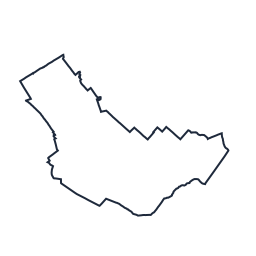 outline of Dumbrava, Timis, Romania, rotated 342°
{"feature_id": "2599482B982820047734", "entity_name": "Dumbrava", "entity_type": "district", "adm_level": 2, "iso_a3": "ROU", "parent_name": "Romania", "parent_adm1": "Timis", "projection": "albers", "projection_center": [22.126, 45.823], "detail": "fine", "context": "isolated", "style": "outline", "palette": "slate", "viewbox_px": 256, "rotation_deg": 342, "n_neighbors": 0, "source": "geoboundaries", "source_scale": "gbopen_adm2", "svg_char_len": 5556}
<svg xmlns="http://www.w3.org/2000/svg" viewBox="0 0 256 256"><g transform="rotate(342 128 128)"><path d="M216.5,180.5L216.5,180.0L216.3,179.3L215.8,178.3L215.2,177.7L214.8,177.1L214.5,176.4L214.2,175.0L214.2,174.0L214.1,172.8L214.1,172.2L214.4,170.7L214.5,169.2L214.8,167.8L214.8,167.2L214.7,166.0L214.8,165.2L214.9,164.4L215.5,162.0L214.6,162.0L212.7,162.1L211.9,162.1L210.9,162.2L210.0,162.3L206.7,162.5L204.3,162.6L203.9,162.7L203.2,162.8L201.9,162.8L200.5,163.1L200.5,162.3L200.3,161.7L200.0,161.0L199.0,159.4L198.3,158.3L196.3,157.4L195.3,157.2L194.6,157.2L194.1,156.9L193.1,156.1L192.7,155.5L192.4,154.9L192.3,154.4L192.1,154.0L191.8,153.6L191.3,153.2L191.0,153.2L190.9,153.0L190.7,153.0L190.3,152.9L189.6,152.6L188.7,152.4L188.4,152.2L187.8,152.1L187.5,152.2L186.9,152.1L186.6,151.9L186.4,151.5L186.4,151.2L186.3,150.8L186.1,150.4L185.6,149.8L185.4,149.5L185.1,149.3L184.8,148.9L184.6,148.8L174.3,154.9L173.9,154.1L172.4,151.8L171.9,150.9L171.0,149.4L169.0,145.8L167.7,143.7L166.7,141.9L166.1,141.1L164.7,138.8L162.5,140.2L159.4,142.0L157.8,139.2L156.1,136.5L150.8,139.7L151.1,140.2L149.8,141.0L145.7,143.5L144.6,144.0L143.7,144.7L143.2,145.0L142.4,143.8L141.4,142.0L140.8,141.2L140.2,140.3L138.2,136.5L136.6,133.8L136.2,133.3L136.0,132.9L135.4,131.9L135.0,131.1L134.7,130.7L134.4,130.2L134.1,129.6L130.5,131.3L128.5,132.4L127.4,130.5L125.9,128.0L121.9,121.0L120.8,119.4L120.5,118.7L117.5,113.6L117.2,113.2L115.9,110.6L115.7,110.3L115.2,109.3L114.2,107.6L114.1,107.1L113.5,106.2L113.0,105.4L112.7,104.8L108.2,104.3L107.3,104.3L107.3,104.2L107.6,103.8L107.6,103.6L107.4,103.5L107.3,98.2L107.2,97.8L107.3,95.3L107.2,91.1L107.7,91.0L108.3,91.2L108.3,91.4L108.1,91.7L108.1,91.9L108.3,92.2L108.6,92.4L109.0,92.5L109.3,92.3L109.7,92.2L110.5,92.3L110.7,92.2L110.9,91.9L111.4,90.6L111.5,90.2L111.2,90.0L110.7,89.9L110.2,89.9L109.7,90.1L109.4,90.0L109.1,89.7L108.6,89.6L107.7,87.7L106.4,83.4L105.0,78.6L104.9,78.4L101.2,79.8L100.9,79.1L100.5,78.3L100.3,78.0L100.0,77.3L99.9,76.8L99.6,76.3L98.9,74.6L98.0,72.9L97.3,71.1L97.2,70.3L97.2,69.6L97.1,69.3L97.1,68.8L97.2,68.1L98.4,67.4L97.6,65.7L97.8,65.5L97.9,65.3L97.7,65.0L97.4,64.7L97.2,64.3L97.3,64.0L97.6,63.8L97.8,63.9L98.2,64.0L98.5,63.8L98.6,63.6L98.3,63.4L98.2,63.4L98.3,63.1L98.7,63.1L98.8,63.0L98.5,62.8L98.4,62.7L98.3,62.4L98.7,62.2L98.8,62.0L98.8,61.5L99.0,60.8L99.3,60.5L99.6,60.3L99.5,59.6L99.2,59.6L98.3,59.5L98.1,59.6L96.4,60.4L95.9,60.7L95.5,60.7L94.5,61.3L94.3,61.0L93.9,60.3L93.6,59.5L93.4,58.7L93.3,58.3L92.5,56.3L92.1,55.0L91.7,53.6L91.1,52.0L90.5,50.6L90.3,49.9L89.8,48.5L89.4,47.3L87.6,42.3L87.5,42.1L87.8,41.7L88.8,40.7L88.8,40.3L88.9,39.5L89.1,38.4L88.8,38.4L87.4,38.7L85.7,39.2L84.4,39.5L83.6,39.8L83.2,39.8L82.5,40.0L81.9,40.1L79.7,40.6L78.6,40.8L77.0,41.3L76.7,41.4L75.7,41.7L75.3,41.7L74.6,41.9L73.2,42.1L71.3,42.6L70.4,43.0L69.6,43.3L69.1,43.4L68.7,43.4L68.3,43.5L68.1,43.6L67.7,43.7L67.4,43.8L67.2,43.8L67.1,44.0L65.9,44.2L65.6,44.0L64.9,44.3L63.9,44.3L63.0,44.3L58.5,45.6L57.3,46.0L54.8,46.6L54.7,46.7L54.6,46.4L53.4,46.8L46.7,48.3L44.5,49.0L39.9,50.1L41.5,57.4L44.5,69.4L44.6,70.3L39.5,70.4L39.5,70.7L39.8,71.1L40.3,71.5L40.7,71.8L40.8,71.9L41.3,72.9L41.9,73.7L42.9,75.3L43.2,76.2L43.8,77.0L44.5,78.2L44.8,79.0L45.1,79.5L45.2,79.8L45.7,80.5L46.1,81.3L46.7,82.5L48.1,85.1L48.9,86.6L49.4,87.8L49.6,88.6L49.7,89.2L50.3,90.4L50.7,92.1L51.2,93.6L51.3,93.8L51.4,94.0L51.6,94.2L51.7,94.7L52.3,96.6L52.6,97.2L53.2,98.9L53.3,99.4L53.3,99.9L53.9,101.5L54.1,102.4L54.5,104.0L54.7,104.8L56.1,108.6L55.3,108.9L55.6,109.5L56.0,111.0L55.9,111.1L56.0,111.2L56.3,111.5L56.5,111.6L56.6,111.8L56.6,112.1L56.3,112.1L55.8,111.7L55.6,111.5L55.4,111.5L55.2,111.6L55.1,111.9L55.1,112.1L54.9,112.5L54.7,112.8L54.8,113.1L55.4,114.5L55.9,115.5L55.6,115.5L55.5,115.3L55.4,115.3L54.8,115.7L54.6,115.7L54.4,115.8L54.3,116.0L54.4,116.5L54.4,117.9L54.2,121.5L53.8,126.2L54.3,127.8L49.9,129.3L48.6,129.8L43.7,131.4L43.0,131.8L42.8,131.9L42.8,132.0L42.9,132.7L43.4,134.9L41.0,135.7L41.2,135.9L42.1,136.7L42.3,137.3L42.7,138.6L43.2,139.3L44.2,140.2L44.9,141.1L42.8,144.0L41.6,146.7L41.2,148.2L41.1,149.1L41.2,149.8L41.3,150.5L41.8,152.7L41.8,152.8L42.4,153.2L43.1,153.4L44.2,153.9L48.4,156.0L47.3,159.6L47.3,159.9L57.4,173.1L58.9,175.0L65.4,181.5L67.9,184.2L76.7,193.1L76.9,193.2L79.6,191.8L85.3,188.5L93.8,195.5L94.3,195.7L95.8,197.1L96.2,197.4L96.4,197.7L97.6,199.5L99.0,201.1L100.1,202.7L100.9,203.5L101.8,204.2L102.1,204.8L102.4,205.3L102.7,205.4L103.0,205.5L103.5,206.5L104.1,207.2L105.4,208.7L105.8,209.9L106.4,211.3L109.3,213.2L110.4,214.4L113.5,215.1L115.3,215.4L116.7,215.8L117.7,216.2L121.4,217.2L122.7,217.7L123.1,217.6L123.9,217.1L125.0,216.6L126.1,216.3L126.6,216.3L127.6,215.7L128.4,215.1L129.6,214.4L132.6,212.1L133.2,211.8L137.2,208.9L138.4,207.9L139.1,207.3L140.7,206.2L141.4,206.4L142.5,206.5L143.2,206.4L143.7,206.3L144.2,206.6L144.8,206.7L147.5,206.2L148.7,205.9L148.9,205.8L149.3,204.9L149.6,204.8L150.5,204.0L151.1,203.6L151.5,202.8L152.1,202.3L154.2,201.2L155.0,200.8L155.4,200.6L155.8,200.7L156.2,200.7L157.2,200.5L158.4,199.6L159.0,199.7L159.6,199.7L160.4,199.3L161.1,199.2L161.8,199.2L162.6,199.4L163.1,199.7L163.5,200.0L163.8,200.1L164.7,200.0L165.3,199.9L165.8,199.6L166.2,199.2L166.9,198.9L167.4,198.9L167.9,199.1L168.8,199.1L169.1,199.2L169.2,199.3L169.5,199.3L169.7,199.0L170.1,198.6L170.3,198.4L172.0,197.8L172.9,197.5L174.3,197.2L175.5,197.1L177.0,197.6L178.0,198.0L179.0,198.6L179.4,199.5L180.0,201.1L180.8,202.5L181.1,203.1L181.6,203.7L182.4,204.3L184.0,205.2L184.8,204.3L187.1,202.6L194.6,197.1L211.1,184.8L216.5,180.5Z" fill="none" stroke="#1e293b" stroke-width="2"/></g></svg>